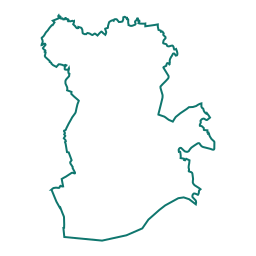 Yen Lac, Vĩnh Phúc, Vietnam (Robinson projection)
{"feature_id": "81297802B65483274658502", "entity_name": "Yen Lac", "entity_type": "district", "adm_level": 2, "iso_a3": "VNM", "parent_name": "Vietnam", "parent_adm1": "Vĩnh Phúc", "projection": "robinson", "projection_center": [105.577, 21.22], "detail": "fine", "context": "isolated", "style": "outline", "palette": "teal", "viewbox_px": 256, "rotation_deg": 0, "n_neighbors": 0, "source": "geoboundaries", "source_scale": "gbopen_adm2", "svg_char_len": 5602}
<svg xmlns="http://www.w3.org/2000/svg" viewBox="0 0 256 256"><path d="M172.5,45.6L171.3,45.7L168.9,46.4L167.7,46.2L167.1,45.8L166.6,44.5L166.1,44.1L164.1,43.6L163.3,43.3L163.1,42.8L163.5,40.8L163.8,40.1L165.5,38.3L165.5,37.1L163.3,34.9L163.3,34.2L163.7,33.3L163.0,32.4L162.5,31.6L162.0,31.5L161.3,31.8L160.9,31.8L160.8,30.9L160.7,30.6L159.6,30.3L158.5,29.9L157.8,26.6L157.8,24.4L154.5,25.0L145.3,26.3L145.3,23.5L144.4,23.7L140.0,23.6L138.5,23.2L138.9,22.0L139.4,21.6L139.4,21.1L139.3,20.7L139.0,20.7L138.8,21.0L138.3,21.0L138.2,20.5L138.0,18.8L137.8,18.4L137.4,18.4L137.1,18.5L137.0,18.9L136.8,19.7L135.1,21.4L135.1,22.4L135.6,23.5L135.6,23.9L135.2,24.6L132.5,25.7L131.5,25.9L130.3,25.8L129.8,25.6L128.5,25.0L128.5,24.0L128.2,23.1L128.2,19.6L128.0,19.2L126.9,19.2L126.8,18.7L127.0,18.3L127.0,17.8L126.0,17.7L125.2,17.0L124.7,16.8L123.3,17.3L123.2,19.6L122.4,21.5L120.8,21.9L118.9,22.0L117.2,19.9L116.6,19.3L115.9,19.2L115.1,19.2L114.3,19.4L113.8,20.0L113.8,20.6L113.7,20.8L112.7,20.2L111.3,20.7L110.1,21.4L109.1,22.2L108.0,26.0L108.0,27.2L107.7,28.0L106.6,28.2L105.2,28.7L105.2,29.2L106.2,32.0L106.2,32.4L105.8,33.9L105.3,34.8L104.6,34.2L103.2,33.2L101.9,31.8L101.3,31.6L99.7,33.0L97.5,35.5L95.2,33.7L94.7,33.6L94.3,33.8L93.0,34.7L92.4,35.0L91.7,34.8L89.6,33.5L87.6,33.0L86.4,33.7L86.2,34.1L84.4,34.1L82.8,33.3L82.6,32.7L82.3,29.7L81.5,28.1L81.0,27.7L78.3,26.9L78.1,28.1L77.3,28.2L76.8,28.1L75.9,27.3L75.3,26.3L73.2,24.3L73.8,22.8L74.0,21.7L74.0,21.2L73.7,21.4L72.8,20.9L72.4,20.8L70.5,21.3L70.0,21.3L69.4,21.1L68.2,21.3L67.9,20.9L68.0,20.7L68.4,20.1L68.4,19.6L67.7,19.1L66.4,19.2L66.1,18.3L65.6,18.0L65.4,18.0L64.8,18.6L64.5,19.3L63.6,19.4L63.2,19.4L62.9,18.8L62.5,18.4L61.2,18.7L60.8,18.3L60.6,17.7L60.5,16.7L60.3,16.5L59.7,16.4L59.2,16.1L58.8,15.7L58.7,15.4L58.3,15.9L58.3,16.4L58.6,17.3L59.3,18.1L52.8,20.7L54.5,22.4L52.6,25.2L51.8,25.2L49.5,27.9L47.7,30.5L45.9,32.4L44.2,35.3L43.3,36.5L42.7,36.9L41.7,37.9L41.8,38.7L42.4,39.9L42.6,40.9L42.7,41.8L42.6,42.3L41.7,44.3L41.6,45.1L42.1,45.0L43.2,44.0L44.8,43.7L45.1,43.8L45.5,44.5L45.5,44.9L43.8,46.9L42.9,48.1L43.3,48.8L44.2,49.7L45.1,50.2L45.4,50.6L45.4,51.0L44.7,51.9L45.6,52.5L45.0,55.4L44.8,55.9L45.3,57.0L49.7,61.0L49.7,61.9L51.2,62.7L51.4,63.6L53.0,65.1L56.4,66.9L58.7,64.3L59.9,64.3L62.5,64.9L63.1,65.2L63.4,65.5L64.1,65.4L65.4,64.9L66.3,65.3L64.9,66.8L64.7,67.8L64.7,69.0L65.2,69.6L68.0,69.8L68.9,68.1L69.0,68.7L68.3,71.5L68.5,73.0L69.3,73.6L69.5,73.9L69.1,74.8L69.2,75.8L68.9,76.4L66.5,79.0L65.7,80.2L65.5,80.8L65.4,81.8L65.5,83.6L67.2,87.4L67.3,89.3L67.1,90.3L71.5,91.9L71.3,93.9L74.0,96.5L78.3,100.2L78.8,100.8L77.5,104.1L76.5,108.2L75.7,112.1L75.2,113.2L72.2,117.3L70.9,119.7L68.7,123.6L66.4,128.2L65.8,129.8L65.1,130.3L64.4,130.5L64.1,130.7L64.0,131.1L64.9,132.9L64.9,133.3L64.2,134.3L65.3,135.9L63.8,138.2L65.6,140.3L65.8,141.4L65.0,142.1L65.6,143.7L67.0,152.1L68.7,152.4L69.6,154.8L71.6,160.2L70.2,162.2L70.4,163.5L72.7,167.0L72.6,168.0L75.0,172.6L75.0,173.1L74.9,173.3L74.5,173.4L72.3,172.7L71.6,172.9L65.8,176.7L63.9,177.7L61.7,179.0L63.1,186.4L62.1,186.5L60.6,185.8L60.0,186.3L59.7,186.9L59.6,187.4L59.2,187.8L58.4,187.9L56.4,187.7L55.6,187.7L53.7,188.0L52.9,188.4L51.4,189.7L51.5,189.7L56.4,201.6L59.9,207.9L60.3,207.5L62.6,213.5L63.5,215.6L63.9,216.7L64.0,217.3L64.2,224.4L64.1,227.8L63.4,227.9L64.3,237.0L102.1,240.6L126.4,235.3L142.3,228.4L148.4,219.6L159.4,209.9L165.2,205.4L178.3,198.2L183.7,197.4L189.1,199.2L195.8,204.3L196.1,202.7L196.0,201.4L195.7,200.5L192.6,197.2L192.4,196.6L192.4,195.9L192.6,195.0L193.1,194.2L193.7,193.6L194.2,193.5L194.7,193.5L195.9,193.9L197.9,194.8L198.2,194.4L198.5,193.8L198.8,192.9L199.0,191.0L199.2,190.4L200.5,189.2L199.1,188.1L194.7,185.3L193.8,184.4L193.2,183.5L192.8,182.5L192.9,180.4L193.1,179.1L192.4,173.7L192.1,172.9L191.3,172.2L188.9,171.4L188.7,171.0L189.0,170.3L189.0,169.1L188.6,167.8L188.7,166.0L189.2,163.3L189.5,160.3L186.2,158.8L185.0,160.3L184.1,160.0L184.3,159.4L184.3,159.0L184.0,158.7L180.6,158.1L180.7,157.0L180.7,155.4L180.4,153.1L180.2,151.9L180.0,151.7L179.7,151.6L178.9,151.8L178.7,150.6L178.7,149.6L179.1,148.8L179.6,148.2L180.2,147.9L180.6,147.9L181.2,148.0L183.8,150.5L184.9,151.4L186.3,151.8L187.5,151.8L188.7,151.2L190.0,149.2L191.4,147.6L194.4,145.5L197.3,143.6L198.2,143.2L199.1,143.2L199.6,143.6L200.9,145.5L201.7,146.3L203.0,147.0L210.2,148.8L212.4,149.6L213.4,149.7L214.0,149.4L214.3,148.7L214.4,142.3L214.2,141.5L211.5,139.0L210.2,137.0L209.4,135.4L209.0,133.7L208.2,133.8L208.3,132.5L207.4,132.4L207.4,130.3L204.7,130.1L203.9,129.9L203.7,127.9L201.8,126.2L200.7,125.9L199.9,125.8L199.8,124.9L200.8,122.5L200.8,122.0L200.5,121.1L200.6,120.6L201.7,119.3L203.0,118.7L203.6,118.6L204.1,118.7L205.9,119.8L206.7,120.0L207.2,119.9L210.0,117.6L208.8,115.7L206.8,113.0L206.3,113.7L205.4,113.0L204.6,112.1L203.9,111.0L203.4,109.4L203.3,108.8L203.1,108.5L202.2,108.0L201.4,106.7L201.4,103.4L199.7,103.9L197.8,104.9L196.2,106.0L192.9,107.0L188.9,107.2L186.8,108.9L180.4,113.2L175.7,117.0L174.5,118.8L172.8,121.6L168.9,119.9L167.6,119.0L165.5,117.4L164.3,116.6L158.4,114.6L158.4,114.2L160.7,105.1L162.5,97.7L162.6,95.7L162.5,94.8L160.5,88.0L160.5,86.5L162.6,84.2L165.7,81.1L168.1,78.5L168.5,77.7L168.6,76.4L168.5,75.9L163.5,67.8L163.4,67.5L163.6,67.1L165.1,66.3L165.7,66.1L166.2,65.8L166.5,64.4L167.0,63.4L167.3,63.1L167.9,63.1L168.4,63.3L169.4,64.4L169.6,64.2L169.5,63.8L169.8,62.8L169.7,60.7L170.0,59.2L171.0,57.1L171.8,56.0L173.0,53.7L173.4,53.5L174.2,53.5L174.7,54.0L175.4,55.1L175.8,55.6L176.9,55.3L177.3,54.7L177.4,53.3L177.0,51.5L176.1,49.0L175.3,49.4L174.3,49.5L173.9,48.7L173.6,47.1L172.9,45.9L172.5,45.6Z" fill="none" stroke="#0f766e" stroke-width="2"/></svg>